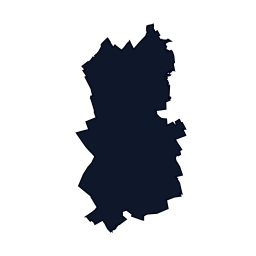 West Rand, Gauteng, South Africa (orthographic projection), rotated 336°
{"feature_id": "47623444B6623169143942", "entity_name": "West Rand", "entity_type": "district", "adm_level": 2, "iso_a3": "ZAF", "parent_name": "South Africa", "parent_adm1": "Gauteng", "projection": "orthographic", "projection_center": [27.638, -26.223], "detail": "fine", "context": "isolated", "style": "filled", "palette": "ink", "viewbox_px": 256, "rotation_deg": 336, "n_neighbors": 0, "source": "geoboundaries", "source_scale": "gbopen_adm2", "svg_char_len": 4640}
<svg xmlns="http://www.w3.org/2000/svg" viewBox="0 0 256 256"><g transform="rotate(336 128 128)"><path d="M92.3,105.4L91.7,113.7L82.6,112.1L82.6,112.3L81.0,111.9L79.0,111.6L81.2,123.4L82.3,128.6L83.3,131.6L84.4,134.9L84.8,135.7L85.6,138.2L86.2,139.9L86.4,140.5L82.1,144.2L80.6,145.4L76.7,147.2L76.0,147.4L73.1,149.4L68.4,152.5L67.6,153.3L59.5,160.9L66.6,174.9L66.5,176.5L66.4,176.5L66.4,177.1L66.6,177.8L67.4,184.8L67.9,187.9L64.3,189.8L62.4,190.2L61.7,190.5L58.7,191.0L59.7,192.1L57.9,191.2L53.7,191.9L54.1,192.1L55.7,197.6L57.1,197.1L58.7,200.1L58.7,202.5L67.3,201.7L68.5,206.8L68.3,206.9L68.6,211.8L69.9,215.5L70.0,215.4L70.3,215.4L70.4,215.2L70.6,215.3L71.0,215.1L71.1,215.3L71.2,215.5L71.3,215.0L71.6,215.1L71.9,215.0L72.0,214.9L72.2,214.7L72.4,214.6L72.7,214.7L72.8,214.6L72.8,214.4L73.3,214.4L73.4,214.5L73.5,214.6L73.6,214.8L73.8,214.9L73.9,214.7L74.1,214.6L74.4,214.7L74.5,214.5L74.6,214.4L74.8,214.4L74.8,214.5L74.7,214.6L74.9,214.8L75.1,214.7L75.3,214.5L75.5,214.4L75.6,214.2L75.6,214.3L75.8,214.3L75.7,214.5L75.8,214.6L76.0,214.4L76.1,214.1L76.4,214.1L76.5,213.9L76.6,213.7L76.6,213.4L76.9,213.4L76.8,213.2L77.0,213.1L77.1,213.3L77.4,213.1L78.0,213.1L78.1,212.9L78.1,212.7L77.9,212.6L78.1,212.5L78.1,212.4L78.3,212.3L78.9,212.5L79.3,212.5L79.5,212.5L80.0,212.3L80.2,212.1L80.3,212.1L80.4,212.4L80.5,212.4L80.7,212.5L81.5,212.3L89.2,210.6L86.8,205.7L87.3,205.1L88.2,203.2L88.2,202.9L88.2,201.8L93.3,202.2L93.9,203.3L94.9,205.0L95.0,205.2L97.0,208.7L95.7,210.0L104.1,217.9L104.7,218.2L106.0,215.3L106.3,214.5L110.2,214.2L111.3,214.5L119.9,217.5L131.7,217.7L133.7,209.3L142.2,209.7L148.5,211.5L148.8,208.6L150.4,210.0L150.7,208.2L151.9,202.1L152.5,199.4L152.0,194.8L152.5,194.3L152.0,193.2L151.9,192.7L151.8,192.3L151.9,191.7L158.4,192.9L159.2,184.4L158.3,177.0L159.0,174.4L161.7,172.1L162.6,173.6L165.1,173.4L165.8,169.5L168.1,169.5L166.9,162.1L166.3,157.4L177.6,158.0L177.4,151.3L180.1,152.3L179.6,145.4L179.6,145.2L178.3,145.1L178.3,141.6L178.3,141.3L178.3,141.2L178.1,141.1L178.0,141.3L174.0,141.7L173.5,145.2L172.2,145.3L171.0,141.2L164.8,141.6L165.0,140.0L166.6,135.5L162.0,133.0L161.9,132.2L161.5,131.7L161.2,131.4L159.2,126.1L159.5,126.2L160.0,126.1L160.2,125.4L160.4,124.0L159.9,123.8L160.0,123.0L170.2,126.0L172.9,119.4L177.5,119.4L177.2,117.9L177.8,118.1L178.0,118.2L178.9,118.1L179.0,117.9L179.2,117.6L179.2,117.4L179.1,117.1L178.9,116.9L178.5,116.5L178.2,116.5L177.9,116.3L177.8,116.2L178.0,116.1L182.3,107.6L182.6,107.3L182.6,107.2L182.9,106.4L182.7,106.3L182.9,105.6L181.6,105.2L181.6,104.8L181.7,104.5L181.5,104.2L181.6,103.9L182.0,103.6L182.3,103.5L182.6,103.7L182.8,103.7L183.0,103.6L183.1,103.4L183.0,103.2L183.1,102.9L183.1,102.7L183.1,102.4L183.0,102.2L182.9,101.9L183.1,101.5L183.0,101.4L182.8,101.2L182.9,100.9L183.0,100.9L183.0,100.7L182.9,100.4L183.0,100.4L182.9,100.2L182.6,99.5L182.2,98.8L183.9,98.5L184.0,98.4L184.0,98.1L184.1,97.5L183.9,97.1L183.9,96.9L183.8,96.6L183.7,96.4L183.5,96.2L187.7,96.9L188.1,96.8L184.9,94.1L185.3,93.6L187.8,92.9L188.4,94.7L188.6,94.6L189.2,94.2L189.1,93.7L188.8,93.2L190.0,93.2L190.3,94.0L190.5,93.9L190.4,93.7L190.9,93.1L191.2,93.5L192.2,92.9L192.6,93.7L193.4,93.3L193.8,94.0L195.3,87.5L196.9,86.9L199.0,80.6L199.4,76.5L198.9,74.8L198.1,74.9L195.9,74.7L196.5,74.1L194.1,71.3L196.3,69.2L196.1,68.8L195.9,67.8L195.5,66.8L195.9,66.5L196.3,66.3L196.4,66.2L196.5,66.1L196.0,65.9L196.2,65.5L196.3,65.6L200.7,65.3L202.3,65.9L200.6,63.3L198.8,63.6L194.8,61.5L194.8,60.9L193.4,61.0L192.7,56.4L194.5,56.2L194.2,51.3L192.4,51.5L191.3,51.8L191.4,51.0L191.7,49.6L191.5,48.4L191.5,48.0L191.5,47.4L191.6,46.9L191.8,46.2L192.3,45.6L192.7,45.0L192.8,44.6L192.9,44.1L193.0,43.5L192.4,43.6L190.3,43.2L189.4,43.0L188.7,42.9L188.1,42.7L186.8,42.7L186.3,43.7L185.8,44.5L184.7,47.0L185.4,48.5L183.9,49.0L181.6,51.4L173.9,54.5L165.0,58.7L164.7,52.0L164.7,49.3L164.4,49.5L163.4,50.3L162.3,50.3L157.4,53.1L153.7,54.6L149.8,47.5L149.7,47.5L149.7,47.3L149.7,47.1L149.4,47.2L149.4,47.3L149.1,47.5L148.9,47.6L148.9,47.8L148.6,47.9L148.5,48.0L148.3,48.1L147.9,48.2L147.7,48.2L147.2,47.9L146.9,47.8L147.1,47.8L147.1,47.7L146.5,47.2L146.4,47.0L146.8,46.7L146.8,46.1L146.2,42.8L145.3,41.4L145.5,41.3L145.5,41.1L146.4,41.6L145.8,37.8L145.2,37.9L138.6,40.4L137.4,41.3L137.2,42.8L132.7,46.3L129.9,47.7L127.3,48.4L127.6,49.3L127.5,49.5L126.6,49.8L124.9,49.7L124.7,49.2L121.0,51.4L118.6,51.6L118.0,51.3L115.5,52.1L111.3,53.0L112.8,57.3L110.4,57.3L111.6,64.3L109.7,64.1L110.4,77.1L109.0,84.4L106.9,84.0L106.3,85.7L106.0,85.7L106.0,86.2L106.3,86.3L106.2,86.6L106.1,87.3L106.0,87.9L105.5,92.0L104.4,99.8L103.8,99.8L103.6,102.2L103.3,105.8L92.3,105.4Z" fill="#0f172a" stroke="#020617" stroke-width="1.5"/></g></svg>